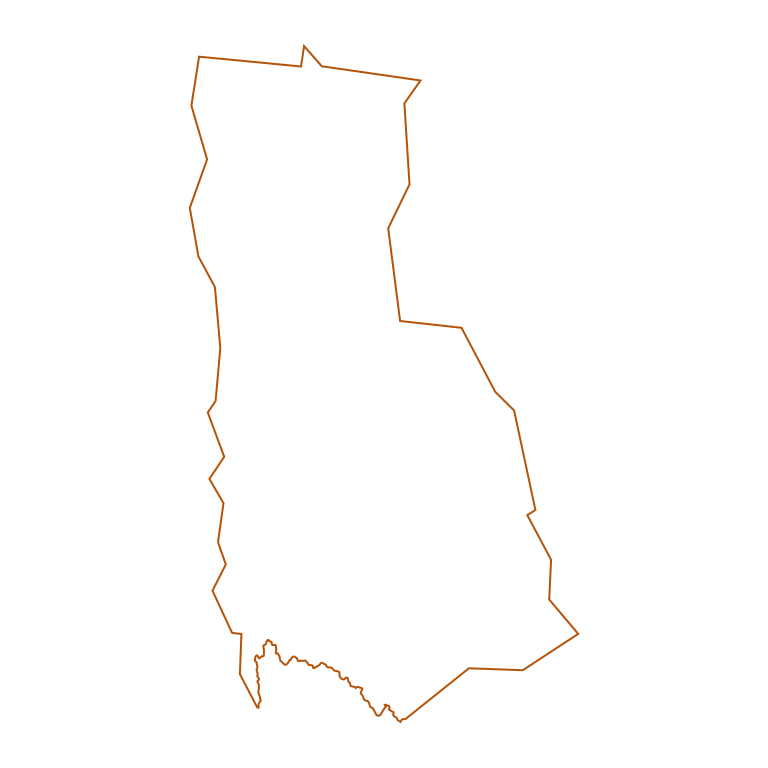 Maridi, Western Equatoria, South Sudan
{"feature_id": "79223893B17245880032219", "entity_name": "Maridi", "entity_type": "district", "adm_level": 2, "iso_a3": "SSD", "parent_name": "South Sudan", "parent_adm1": "Western Equatoria", "projection": "equal_earth", "projection_center": [29.611, 5.135], "detail": "fine", "context": "isolated", "style": "outline", "palette": "amber", "viewbox_px": 768, "rotation_deg": 0, "n_neighbors": 0, "source": "geoboundaries", "source_scale": "gbopen_adm2", "svg_char_len": 2882}
<svg xmlns="http://www.w3.org/2000/svg" viewBox="0 0 768 768"><path d="M578.2,633.9L549.2,599.5L551.1,559.8L527.3,515.1L535.4,510.0L514.1,410.5L495.3,391.9L461.5,327.8L400.1,321.0L388.2,228.3L409.5,184.4L404.4,103.4L420.5,80.5L321.8,66.3L304.1,46.1L301.0,66.5L199.1,56.7L191.4,105.7L207.1,159.4L189.8,207.9L198.4,256.4L214.9,287.0L220.3,348.1L215.6,400.9L207.8,412.5L224.2,456.8L209.4,478.9L223.5,503.2L218.0,542.2L225.8,564.4L212.5,590.7L232.1,632.9L241.4,634.0L239.9,674.1L257.2,707.4L258.5,707.6L258.5,706.1L258.5,705.2L258.8,703.5L259.8,702.0L260.8,700.7L260.0,698.6L260.0,697.3L259.3,694.9L258.5,693.4L258.3,692.0L258.6,689.8L258.9,687.9L258.9,685.7L258.7,684.6L257.4,681.3L258.5,680.1L259.0,678.7L258.2,677.5L257.2,676.0L257.6,674.5L257.7,673.2L256.9,671.8L256.6,669.4L257.3,668.1L257.4,666.3L257.0,664.9L256.3,661.8L254.9,660.9L254.8,659.7L255.2,658.2L255.3,657.1L256.1,655.8L257.2,655.4L257.9,656.4L258.7,657.9L259.5,658.4L260.8,657.0L261.9,656.2L262.8,656.4L263.8,655.8L263.9,653.9L263.9,652.2L264.0,649.8L263.5,648.3L263.5,646.7L263.6,645.4L265.2,644.6L265.9,643.9L266.3,642.7L266.4,641.7L267.6,640.1L268.8,640.1L269.2,641.1L270.3,641.5L271.5,641.9L271.8,643.4L271.9,644.6L272.8,645.1L274.2,645.0L275.4,644.9L275.9,646.2L276.1,647.6L276.2,649.1L276.1,651.0L275.8,652.5L275.9,653.3L277.7,653.3L278.7,655.0L279.5,656.2L279.8,658.7L280.6,660.9L282.6,662.6L284.0,664.1L285.1,664.8L286.5,664.4L287.4,663.6L288.3,662.4L289.3,660.9L289.7,659.8L291.0,659.5L291.6,657.9L292.9,656.7L294.5,656.6L297.0,658.3L297.1,659.0L297.8,660.6L299.0,661.2L300.5,660.5L301.7,660.9L303.1,660.9L304.7,660.5L305.6,660.8L307.0,662.4L307.9,663.4L308.4,664.7L310.1,665.2L311.5,665.1L312.8,665.7L312.9,666.9L313.2,667.9L314.5,668.0L315.8,666.8L317.4,666.4L318.2,665.8L319.3,665.1L320.3,663.8L321.2,662.9L322.4,662.9L324.1,663.9L325.9,664.8L326.4,666.1L327.7,667.3L329.1,667.4L330.6,667.5L331.8,667.7L332.7,668.9L333.8,670.3L335.7,671.0L337.7,671.2L339.3,672.1L339.5,673.4L339.5,674.6L339.6,676.3L340.5,677.7L341.6,678.8L343.7,679.5L344.8,678.9L345.7,677.7L346.8,677.7L347.8,678.3L348.2,680.6L348.5,681.8L349.7,682.7L350.2,684.5L350.7,686.0L352.6,686.6L354.5,686.8L355.8,688.0L357.2,686.9L358.2,686.9L359.9,687.6L361.7,688.0L362.4,688.9L361.9,690.1L361.2,691.4L360.7,692.8L361.4,694.2L362.4,695.2L363.2,696.8L363.6,698.5L364.5,700.0L366.2,700.8L367.5,701.1L368.5,701.8L369.5,704.0L369.5,705.1L370.5,707.2L372.3,707.8L372.9,708.3L373.7,709.7L375.1,712.4L375.9,713.9L376.7,715.3L378.9,715.8L380.2,715.0L381.5,713.3L382.5,711.4L383.2,710.0L383.7,709.6L384.6,708.1L385.9,706.7L384.8,705.0L385.9,704.6L386.7,705.4L387.9,705.6L389.1,706.2L389.6,707.8L389.0,709.5L390.3,710.3L391.7,711.3L393.4,712.2L393.7,713.3L393.1,715.0L394.4,716.5L396.7,717.9L397.1,718.9L397.6,720.0L398.8,720.9L400.4,721.9L402.0,719.4L405.5,719.0L468.9,668.3L522.8,670.2L578.2,633.9Z" fill="none" stroke="#b45309" stroke-width="2"/></svg>